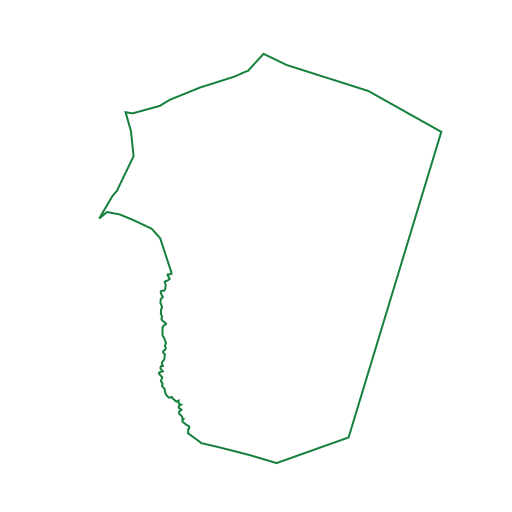 San Juan Teita, Oaxaca, Mexico (orthographic projection), rotated 10°
{"feature_id": "50627088B56157188370772", "entity_name": "San Juan Teita", "entity_type": "district", "adm_level": 2, "iso_a3": "MEX", "parent_name": "Mexico", "parent_adm1": "Oaxaca", "projection": "orthographic", "projection_center": [-97.453, 17.075], "detail": "fine", "context": "isolated", "style": "outline", "palette": "green", "viewbox_px": 512, "rotation_deg": 10, "n_neighbors": 0, "source": "geoboundaries", "source_scale": "gbopen_adm2", "svg_char_len": 1954}
<svg xmlns="http://www.w3.org/2000/svg" viewBox="0 0 512 512"><g transform="rotate(10 256 256)"><path d="M312.1,456.4L378.7,418.6L416.9,101.6L338.0,74.0L253.1,62.6L228.3,55.6L216.1,74.9L215.3,75.4L212.1,77.3L209.4,79.2L208.1,80.1L203.2,83.3L171.6,99.8L151.7,112.3L150.6,113.0L149.6,113.6L146.1,115.8L144.4,116.9L141.8,119.0L135.3,124.8L109.6,137.0L102.6,137.1L111.2,154.8L118.1,179.0L108.5,213.1L108.0,215.5L104.2,221.9L95.1,246.3L101.6,238.6L114.4,238.7L127.9,241.7L147.7,247.0L148.6,247.3L156.2,253.3L158.6,255.2L160.3,258.4L164.6,266.5L175.3,286.4L175.7,287.8L175.3,287.6L174.9,288.3L174.2,289.2L172.3,289.4L172.2,290.1L173.8,292.2L174.8,293.0L175.0,293.5L174.2,294.5L173.3,295.5L170.8,296.8L170.6,297.3L172.1,300.4L172.4,304.0L171.6,306.1L170.5,306.2L168.7,306.9L168.4,308.0L168.7,309.0L171.4,312.7L169.7,315.1L170.0,318.8L172.5,322.7L171.8,324.7L172.3,329.3L174.1,332.2L173.7,334.0L174.1,334.9L174.8,335.7L179.2,338.2L179.0,339.0L177.6,340.1L177.0,341.0L176.3,342.6L177.7,350.4L180.2,353.2L181.3,355.5L182.5,357.3L181.9,360.3L182.8,361.6L183.1,362.4L182.9,364.1L181.4,365.5L181.1,365.8L181.4,367.4L183.4,368.7L183.6,374.0L182.4,376.0L181.9,377.3L182.0,378.6L183.4,380.5L181.6,381.1L181.3,382.0L181.4,383.1L182.0,383.8L184.2,385.7L181.1,387.3L180.7,388.5L182.9,390.4L184.7,391.7L184.1,395.7L186.2,398.0L186.0,400.2L186.6,400.9L188.8,402.4L189.2,403.0L189.3,403.7L189.8,405.0L191.0,407.5L192.9,409.4L194.7,410.5L195.2,410.6L196.0,410.2L197.4,409.5L197.9,409.8L198.8,410.8L202.7,413.2L204.9,411.9L204.9,413.8L206.5,415.1L208.0,415.4L206.1,417.0L206.2,418.9L209.3,420.4L208.5,421.5L207.6,422.0L207.3,423.8L208.0,424.9L210.0,426.0L211.0,427.0L211.9,428.9L213.0,429.0L212.7,429.6L211.9,430.6L212.5,432.0L216.7,434.3L218.0,434.8L219.3,435.0L219.9,435.8L220.1,437.5L219.4,438.2L219.5,439.6L219.7,440.7L219.8,441.6L219.8,442.3L224.8,444.8L233.3,449.0L234.5,449.8L250.1,450.6L283.6,453.1L312.1,456.4Z" fill="none" stroke="#15803d" stroke-width="2"/></g></svg>